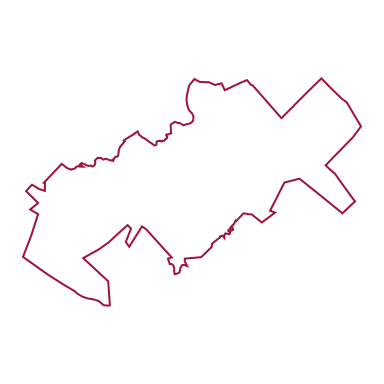 Yajalón, Chiapas, Mexico (orthographic projection)
{"feature_id": "50627088B12149275073321", "entity_name": "Yajalón", "entity_type": "district", "adm_level": 2, "iso_a3": "MEX", "parent_name": "Mexico", "parent_adm1": "Chiapas", "projection": "orthographic", "projection_center": [-92.339, 17.178], "detail": "fine", "context": "isolated", "style": "outline", "palette": "rose", "viewbox_px": 384, "rotation_deg": 0, "n_neighbors": 0, "source": "geoboundaries", "source_scale": "gbopen_adm2", "svg_char_len": 5758}
<svg xmlns="http://www.w3.org/2000/svg" viewBox="0 0 384 384"><path d="M361.0,126.4L354.0,114.7L346.9,102.5L341.7,98.6L339.9,96.8L339.0,96.0L337.5,94.6L331.4,88.6L329.2,86.4L328.8,86.1L327.8,85.0L324.2,81.2L323.4,80.5L321.4,78.4L320.6,79.3L318.3,81.4L317.7,82.1L314.0,85.5L313.2,86.4L311.2,88.3L308.8,90.7L308.1,91.4L307.5,92.0L305.4,94.1L303.1,96.4L301.7,97.8L300.0,99.4L299.1,100.4L297.0,102.5L294.5,105.0L293.2,106.5L292.7,107.1L292.4,107.4L291.8,107.9L291.3,108.3L289.8,109.8L285.0,114.6L283.7,115.9L282.5,117.1L282.0,117.6L281.4,118.1L252.7,85.4L251.2,85.0L247.0,80.1L240.7,82.7L224.8,90.2L222.4,85.0L221.6,83.3L214.9,85.0L208.8,82.2L200.3,82.0L198.7,81.4L196.7,80.3L194.5,79.0L189.5,85.0L188.9,86.6L188.1,89.8L187.6,92.2L186.8,96.4L186.8,96.9L186.7,97.8L186.6,98.7L186.5,100.4L186.5,101.1L186.7,101.9L187.0,102.6L186.9,104.0L187.4,105.2L187.5,106.1L188.5,109.0L188.8,109.7L189.3,110.4L190.4,111.7L192.1,113.4L193.5,116.6L193.1,120.8L190.4,123.3L187.8,124.0L186.0,124.4L183.4,125.2L179.5,123.0L177.7,122.9L175.0,121.8L173.8,122.6L173.2,123.0L172.6,123.3L171.9,123.7L171.7,123.8L171.1,124.2L170.9,124.3L170.7,124.5L170.8,128.3L170.9,129.9L170.9,131.3L171.2,132.3L171.2,133.2L170.7,133.4L170.2,133.6L169.8,133.7L169.5,133.8L169.2,133.9L169.0,134.0L168.7,134.2L168.1,134.3L167.4,134.3L167.0,134.5L166.8,134.5L166.6,134.6L166.4,134.6L166.3,134.8L166.2,134.9L166.1,135.0L166.2,135.6L166.3,135.8L166.8,136.2L167.1,136.4L167.2,136.5L167.2,137.1L167.2,137.5L166.9,138.2L166.6,138.5L166.3,138.5L166.1,138.8L165.9,138.8L165.4,139.2L164.5,140.3L164.2,140.7L164.0,140.9L163.7,140.9L163.1,140.8L162.3,140.8L162.3,141.0L162.0,141.3L161.7,141.5L161.4,141.4L160.8,141.3L160.6,141.3L160.2,141.1L160.1,140.8L159.7,140.7L159.1,140.8L158.7,141.0L158.1,141.0L157.7,141.1L157.3,141.3L156.6,141.8L156.5,142.1L156.6,142.5L156.6,142.8L156.5,143.4L156.5,143.5L156.5,143.9L156.5,144.1L156.4,144.5L156.3,144.8L155.9,145.1L155.7,145.2L155.2,145.3L154.9,145.3L154.4,145.4L154.2,145.3L150.9,142.9L150.4,142.6L149.7,142.3L149.5,142.0L149.0,141.7L148.4,141.1L148.1,140.8L147.7,140.6L145.4,139.0L145.1,138.7L144.7,138.6L144.3,138.3L143.9,137.9L143.0,137.7L142.4,137.4L141.9,137.1L141.4,136.8L140.7,135.8L140.1,135.4L139.7,135.1L139.1,134.7L138.5,133.4L137.7,131.4L134.3,133.6L134.4,133.9L133.9,134.2L132.1,135.3L131.0,135.9L129.8,136.6L129.5,136.8L128.8,137.2L128.2,137.6L126.0,139.0L125.0,139.6L123.8,140.4L124.5,141.2L124.7,141.4L124.0,142.1L123.2,143.2L122.6,144.0L121.9,144.7L121.6,145.0L121.3,145.3L120.5,146.2L120.2,146.5L120.1,147.3L119.7,147.8L119.4,148.7L119.1,149.4L118.8,150.3L118.3,154.9L118.1,155.3L118.0,155.7L117.8,156.0L117.6,156.4L117.4,156.6L117.1,156.7L116.8,156.8L116.5,156.8L115.8,156.8L115.4,157.0L115.1,157.2L114.8,157.3L114.4,158.2L114.1,158.7L112.8,159.6L113.4,160.2L113.3,160.3L113.1,160.9L111.8,160.3L111.5,160.5L111.1,160.6L110.7,160.6L110.3,160.3L109.8,160.0L108.5,159.7L108.1,159.6L107.7,159.5L106.7,159.0L106.1,158.8L105.7,158.7L105.4,158.8L104.9,158.9L104.4,159.1L104.0,159.4L103.6,159.6L103.2,159.5L102.6,159.2L102.0,158.7L101.2,158.1L100.3,157.9L99.7,158.0L99.1,158.0L98.4,158.0L98.1,157.8L97.5,158.0L97.0,158.5L96.6,158.8L96.4,159.0L96.2,159.2L96.0,159.6L95.8,159.7L95.4,160.0L95.1,160.2L94.9,160.7L94.9,161.3L95.1,161.6L95.1,161.9L95.2,162.3L95.3,162.5L95.2,163.1L95.2,163.6L95.0,164.3L94.9,164.3L94.7,164.5L94.3,165.1L94.3,165.3L94.0,165.5L93.7,165.9L93.3,166.0L93.0,166.2L92.6,166.4L92.2,166.5L91.8,166.4L91.1,165.9L90.9,165.7L90.7,165.6L90.3,165.5L90.2,165.6L89.4,165.8L89.0,165.8L88.8,165.8L88.4,165.8L88.1,165.8L87.9,165.7L87.2,165.6L85.4,164.7L84.0,164.0L83.2,163.7L81.6,163.0L80.7,163.8L79.9,164.6L81.3,165.2L81.7,165.9L83.0,166.7L82.3,166.7L80.1,166.6L78.9,166.5L77.8,166.2L77.2,166.4L77.0,166.5L76.5,166.8L76.2,166.9L76.1,167.0L75.8,167.3L75.5,167.7L75.4,168.0L74.8,168.5L74.3,168.7L74.0,168.7L73.7,168.9L72.9,169.1L72.7,169.1L72.3,169.2L71.8,169.2L71.3,169.5L70.3,169.5L68.7,168.8L66.5,167.7L64.2,165.8L61.6,163.9L60.5,165.1L49.6,176.7L43.8,182.8L44.9,183.2L44.9,186.2L44.8,190.9L41.0,189.6L39.0,189.0L36.5,187.4L33.6,185.7L32.0,184.7L26.1,191.1L38.1,203.0L30.2,209.5L38.1,214.1L31.1,235.9L23.0,256.9L48.3,274.9L64.0,284.9L74.6,291.1L77.4,293.7L82.3,296.6L87.5,298.4L91.3,299.0L94.9,299.7L98.6,301.0L101.5,303.3L103.5,305.1L106.3,305.5L108.9,305.6L109.6,305.5L109.9,305.2L108.2,281.3L83.2,258.1L99.4,249.0L108.9,242.2L118.2,233.5L127.6,225.1L131.0,228.6L125.8,242.0L129.2,246.7L142.0,226.4L143.7,227.6L144.7,228.2L146.2,229.3L151.0,234.6L157.4,241.7L164.4,249.5L171.7,257.4L168.0,258.7L169.7,264.0L171.5,264.0L172.4,264.5L173.3,265.5L173.5,266.3L174.0,267.3L174.3,268.3L174.3,269.1L174.1,271.0L174.1,271.3L174.7,274.2L175.7,274.0L176.4,273.8L177.1,273.6L177.5,273.4L178.0,273.2L178.4,273.0L178.6,272.8L179.5,272.3L180.4,267.9L182.2,265.0L183.3,265.0L185.0,265.2L185.8,265.5L187.1,266.0L184.6,261.1L185.0,258.6L201.1,257.2L211.6,247.1L212.2,243.5L220.1,237.3L220.0,236.4L222.6,235.6L224.3,237.8L224.3,235.6L225.4,233.4L226.6,233.6L229.4,234.1L229.5,233.7L229.9,233.3L230.0,232.9L230.0,232.5L229.7,232.2L229.3,231.8L229.2,231.7L228.7,231.3L228.5,231.2L228.4,230.0L230.1,229.0L231.0,230.8L233.1,229.8L232.4,227.3L229.7,228.4L232.2,225.7L232.4,225.4L232.6,225.1L232.9,224.9L233.2,224.8L233.3,224.7L233.5,224.5L233.5,224.4L233.7,224.2L234.0,223.8L234.1,223.4L234.3,223.1L234.5,222.9L234.6,222.7L234.8,222.1L235.8,220.5L236.2,221.1L241.0,216.0L241.7,215.2L242.2,214.5L242.6,214.3L242.8,214.0L243.6,213.4L245.7,213.6L249.3,214.3L251.7,214.4L258.9,220.1L261.8,222.4L266.0,219.4L266.2,219.2L268.1,217.8L275.1,212.6L270.1,210.7L284.4,182.6L299.5,178.7L319.9,195.0L342.4,213.3L355.1,201.3L353.0,198.8L346.3,189.6L339.4,180.1L334.8,173.5L330.5,170.0L325.7,165.4L331.9,158.8L352.8,137.4L361.0,126.4Z" fill="none" stroke="#9f1239" stroke-width="2"/></svg>